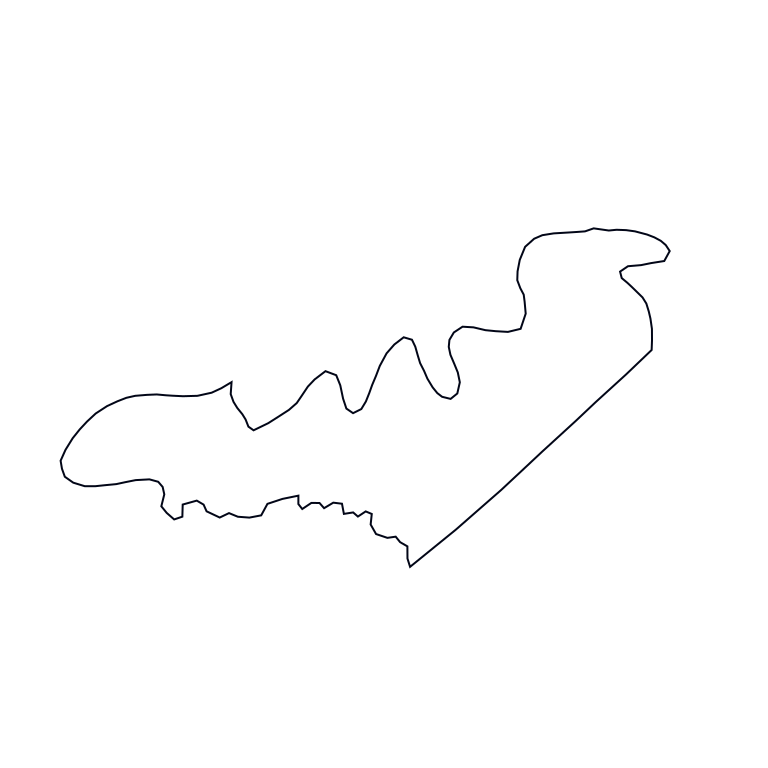 Águas de Chapecó, Santa Catarina, Brazil (Equal Earth projection), rotated 51°
{"feature_id": "56859067B84087976866977", "entity_name": "Águas de Chapecó", "entity_type": "district", "adm_level": 2, "iso_a3": "BRA", "parent_name": "Brazil", "parent_adm1": "Santa Catarina", "projection": "equal_earth", "projection_center": [-52.97, -27.053], "detail": "fine", "context": "isolated", "style": "outline", "palette": "ink", "viewbox_px": 768, "rotation_deg": 51, "n_neighbors": 0, "source": "geoboundaries", "source_scale": "gbopen_adm2", "svg_char_len": 2184}
<svg xmlns="http://www.w3.org/2000/svg" viewBox="0 0 768 768"><g transform="rotate(51 384 384)"><path d="M464.8,88.8L460.5,78.3L453.4,77.6L446.9,78.8L440.2,81.6L433.4,85.5L423.3,92.9L416.8,99.0L410.5,106.2L406.2,112.7L395.0,123.1L391.9,131.7L387.6,137.9L382.5,145.1L373.7,157.4L368.0,167.3L365.6,175.9L366.2,188.0L373.0,200.4L380.5,209.3L387.2,215.1L395.4,217.8L402.5,219.2L408.5,222.9L418.5,229.6L427.1,243.1L421.5,254.9L413.3,263.9L406.0,271.3L396.3,278.8L388.9,286.9L387.9,297.3L390.9,305.4L395.9,310.3L403.1,314.0L412.9,316.8L421.5,319.4L430.4,324.0L437.5,333.0L437.5,341.6L430.5,346.9L424.6,348.3L417.2,348.3L407.1,346.9L399.0,344.6L390.5,342.8L383.1,339.8L374.7,336.2L367.2,334.4L360.1,339.3L359.8,351.1L361.8,362.7L367.3,375.9L372.7,385.2L377.3,393.8L381.8,401.2L386.2,409.1L389.2,417.4L387.2,426.4L379.4,428.7L369.6,425.0L357.5,418.8L347.1,415.6L337.2,421.4L336.8,435.0L338.1,444.8L341.6,456.1L343.9,463.8L344.3,474.2L342.9,487.2L341.6,498.6L337.9,514.5L331.8,516.2L324.5,513.9L318.3,513.1L310.3,513.1L303.2,512.2L295.4,509.5L286.6,501.3L284.9,513.1L282.3,523.4L275.8,536.4L267.0,547.9L260.3,555.4L255.6,560.5L249.1,567.2L243.3,575.0L236.6,584.8L232.6,592.9L229.7,602.0L226.9,613.1L225.5,626.6L226.3,638.4L227.8,649.0L230.2,660.0L234.7,672.9L240.1,683.6L247.2,687.6L255.2,690.4L265.1,687.6L275.2,680.8L281.6,672.9L287.0,664.6L293.3,655.1L297.4,647.0L302.4,637.5L310.5,626.3L317.9,621.0L324.7,620.8L331.5,624.2L338.9,634.0L347.4,634.0L357.2,632.3L360.2,624.2L351.0,616.3L356.8,602.9L364.2,600.1L371.3,602.0L384.4,595.7L386.8,585.7L395.2,581.1L403.1,572.7L408.8,562.1L403.8,550.0L409.4,535.2L416.9,520.8L423.4,526.1L429.7,526.2L430.7,515.3L435.9,509.0L442.8,508.7L444.3,498.1L450.6,492.0L459.7,496.9L464.4,488.8L470.6,487.7L471.5,478.4L477.3,475.3L484.8,482.8L495.6,484.6L505.7,478.2L510.0,471.0L517.1,471.0L524.9,468.0L534.4,475.6L542.5,478.8L542.4,420.0L540.1,359.7L537.7,325.8L536.1,303.6L533.4,258.6L531.3,231.0L528.9,189.8L526.0,154.6L518.8,148.3L509.8,141.1L500.9,135.8L494.3,132.6L486.6,129.5L479.4,128.6L471.7,129.5L464.8,130.3L458.4,131.2L451.3,132.6L445.2,129.8L446.0,120.3L453.4,109.4L458.1,100.4L464.8,88.8Z" fill="none" stroke="#020617" stroke-width="2"/></g></svg>